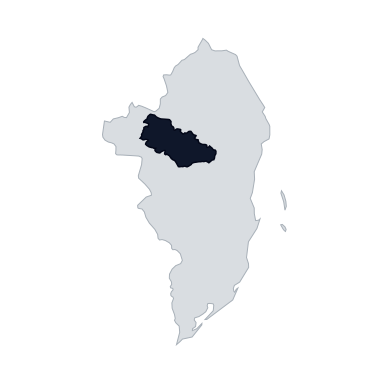 Francisco Morazán highlighted on a map of Honduras, rotated 101°
{"feature_id": "HND-639", "entity_name": "Francisco Morazán", "entity_type": "Department", "adm_level": 1, "iso_a3": "HND", "parent_name": "Honduras", "parent_adm1": "", "projection": "robinson", "projection_center": [-87.226, 14.346], "detail": "fine", "context": "in_parent", "style": "filled", "palette": "ink", "viewbox_px": 384, "rotation_deg": 101, "n_neighbors": 0, "source": "natural_earth", "source_scale": "10m", "svg_char_len": 5814}
<svg xmlns="http://www.w3.org/2000/svg" viewBox="0 0 384 384"><g transform="rotate(101 192 192)"><path d="M344.8,178.1L332.1,177.3L326.1,179.0L323.5,182.9L321.3,184.7L319.4,184.3L315.6,185.8L309.9,189.3L304.7,190.6L300.1,189.8L298.8,190.6L298.4,191.8L297.7,192.9L295.9,193.5L293.9,193.2L291.6,191.9L290.3,192.5L290.2,194.7L289.0,195.3L286.6,194.3L284.0,195.1L281.0,197.8L276.9,198.4L271.5,196.8L267.4,193.9L264.5,189.5L261.0,188.4L254.8,191.7L252.3,195.4L251.7,197.7L252.3,199.8L251.2,201.2L248.3,201.9L246.2,204.5L244.7,208.9L244.4,212.3L245.3,214.7L243.9,216.5L240.2,217.6L235.7,221.4L230.7,227.9L225.6,232.4L220.6,235.0L218.2,237.9L218.3,241.0L218.0,242.0L217.1,242.4L215.4,242.8L205.7,236.0L202.9,231.2L200.5,231.9L197.4,234.3L193.2,239.7L188.6,247.0L186.3,247.8L174.8,246.7L168.7,247.3L167.5,248.3L166.9,251.0L167.3,254.6L169.0,267.4L169.9,272.7L169.0,274.3L165.9,274.6L161.9,275.3L159.7,277.7L159.1,280.2L158.9,283.7L157.7,287.3L155.2,289.9L152.7,290.8L139.0,291.5L139.2,285.6L135.3,283.2L133.0,278.2L131.0,274.9L131.7,272.8L131.5,270.5L125.9,268.6L120.7,270.1L117.7,269.1L115.5,267.9L119.3,264.9L119.5,263.1L118.3,261.8L117.1,261.0L117.4,257.7L118.2,253.7L120.4,244.6L119.6,243.0L116.1,240.2L111.6,239.9L106.8,240.8L104.4,239.4L102.4,236.3L98.9,234.7L92.7,237.3L86.2,241.0L84.2,242.4L82.5,242.2L81.8,239.4L81.5,236.0L81.1,235.2L77.6,234.0L73.5,233.2L71.5,232.2L69.5,230.0L64.6,227.0L63.5,224.8L57.1,219.8L55.7,217.3L54.3,215.5L51.1,213.2L48.7,213.7L40.5,210.9L39.2,210.6L40.4,208.1L43.0,204.2L48.6,199.9L49.1,196.4L47.7,189.6L46.2,185.3L47.0,183.3L48.8,175.5L50.1,173.7L58.3,169.7L59.1,169.2L65.5,163.6L72.7,157.4L80.2,150.6L88.5,143.1L93.1,138.6L95.2,136.7L100.0,138.3L103.7,134.7L105.9,133.5L111.0,129.2L112.6,128.2L121.1,126.5L125.2,126.5L128.8,130.9L131.6,133.2L137.0,131.2L141.5,130.8L160.2,134.8L167.5,133.0L181.1,132.6L187.2,133.6L195.8,127.9L201.4,126.7L207.9,124.1L207.0,121.3L205.4,120.1L215.4,121.3L230.1,127.1L245.9,126.0L251.5,122.9L255.2,122.0L271.3,128.0L275.6,132.6L278.9,133.0L281.5,132.0L282.2,131.0L279.0,130.0L277.5,128.6L290.2,131.4L314.2,153.1L314.7,154.9L304.5,148.5L299.1,149.0L297.7,150.0L298.0,153.5L298.5,155.2L300.8,155.4L302.6,154.4L306.8,155.6L309.6,157.9L313.0,161.5L315.0,165.3L317.2,165.4L319.4,163.1L323.4,162.8L326.1,165.4L328.0,165.2L325.3,161.2L319.1,157.2L320.6,157.0L334.3,164.2L338.2,173.3L341.4,175.4L344.8,178.1ZM184.1,100.1L176.2,104.5L173.7,104.4L177.3,101.1L183.2,98.1L188.1,96.7L192.1,97.3L184.1,100.1ZM211.0,95.5L207.3,98.7L206.6,97.2L208.4,94.2L210.7,92.5L212.9,92.7L212.3,94.0L211.0,95.5Z" fill="#d9dde1" stroke="#a8b0b8" stroke-width="1"/><path d="M139.9,196.5L140.1,196.4L140.2,196.0L140.2,195.8L140.3,195.7L140.5,195.7L140.8,195.6L141.2,195.2L141.4,195.1L141.6,195.1L141.8,195.0L142.0,194.9L142.4,194.6L142.5,194.4L142.5,194.0L143.0,192.5L143.3,191.1L143.1,189.2L142.9,188.4L142.9,187.5L143.1,186.9L143.2,186.6L143.4,186.5L143.5,186.4L144.5,186.3L145.3,185.6L144.9,184.8L144.8,184.4L144.5,184.1L144.4,183.9L143.5,183.5L144.4,182.0L144.8,181.2L145.3,180.4L146.2,179.5L146.4,179.2L146.5,178.8L146.5,177.7L146.5,177.1L147.4,176.3L149.7,175.9L150.2,176.0L150.8,176.1L151.2,176.3L151.9,176.6L154.6,176.4L156.2,176.8L156.3,177.5L156.5,177.8L157.0,178.5L157.5,179.0L158.6,179.7L159.2,180.4L159.9,180.8L160.1,181.0L159.8,181.5L159.4,183.1L158.9,183.5L159.2,184.7L159.4,185.1L159.7,185.7L159.9,186.3L160.0,187.8L160.2,188.4L160.6,189.0L161.0,191.1L162.5,195.3L163.1,196.5L163.7,197.4L164.2,197.7L165.1,198.0L165.6,198.5L167.3,200.3L168.2,201.6L168.2,202.6L168.0,203.6L168.0,204.0L168.2,204.6L168.7,205.5L168.9,205.9L168.9,206.7L169.1,207.5L169.7,209.4L169.7,210.2L166.0,213.3L164.4,215.0L164.0,216.9L163.1,218.7L160.7,221.1L160.1,222.8L159.6,223.7L159.5,224.0L159.9,224.3L160.2,224.5L160.4,224.8L160.4,225.0L159.9,226.1L158.9,226.3L158.1,226.1L157.4,226.1L156.4,226.6L156.7,227.6L158.0,229.5L159.3,230.6L159.7,230.9L159.8,231.2L159.9,231.8L159.8,234.1L159.2,235.2L158.7,235.9L157.9,236.4L156.1,236.0L156.3,236.8L156.4,237.3L156.4,237.7L156.1,238.3L156.0,239.0L156.1,240.1L155.9,242.7L154.9,245.3L154.1,246.5L153.9,246.7L153.1,246.7L151.9,246.4L151.5,246.2L150.4,245.1L149.6,244.7L149.3,245.2L149.2,245.4L149.1,245.8L149.1,246.6L149.1,247.4L149.3,248.0L149.6,248.4L150.1,249.6L150.1,250.5L149.7,251.1L149.4,252.0L149.2,252.9L149.2,253.2L146.6,252.0L145.1,252.5L142.6,251.6L140.9,251.8L140.5,251.6L139.9,251.2L137.9,251.5L137.2,250.8L136.3,249.7L136.2,249.0L136.5,248.1L136.6,247.8L136.4,247.8L136.1,247.8L135.8,247.8L135.3,247.7L134.7,247.5L133.8,247.5L133.2,247.7L133.1,248.4L132.9,249.8L132.7,251.0L132.7,251.8L132.9,252.6L132.5,252.8L132.0,252.7L130.7,251.8L129.0,250.3L128.8,250.1L128.6,249.9L128.4,249.9L127.5,250.0L126.0,249.6L124.0,248.1L123.6,247.5L123.7,245.0L123.7,243.4L125.1,241.4L125.5,240.1L125.6,239.9L125.7,239.5L126.1,237.5L126.2,236.4L125.3,229.0L125.3,227.9L126.4,226.5L126.8,226.1L127.1,226.0L127.4,226.0L128.9,225.8L130.4,225.0L130.9,224.6L131.3,224.2L131.3,223.9L131.8,222.7L132.8,222.0L134.1,221.7L134.4,221.5L134.6,221.1L134.6,220.8L134.6,220.6L134.4,220.2L134.2,220.0L133.9,219.9L133.7,219.7L133.4,219.4L133.1,219.1L133.0,218.7L132.8,218.1L132.8,215.9L132.8,215.3L133.0,215.0L133.2,214.9L133.4,214.9L133.7,214.9L134.3,215.3L134.7,215.1L134.9,214.9L136.2,213.0L136.8,211.8L136.6,211.4L135.4,210.3L135.3,210.2L135.4,209.8L135.5,209.6L135.6,209.1L135.5,208.8L135.3,208.6L134.2,207.5L133.4,206.9L133.1,206.5L132.9,205.9L132.8,205.5L132.7,204.6L135.2,201.9L135.6,200.8L135.6,200.6L135.7,200.2L135.7,199.9L135.7,199.1L135.8,198.9L136.0,198.7L136.1,198.8L136.4,198.9L136.6,199.0L136.8,199.1L137.0,199.1L137.3,199.1L137.5,199.2L137.6,199.5L137.8,199.7L138.0,199.7L138.2,199.8L138.8,199.8L139.5,198.4L139.7,197.6L139.7,197.3L139.6,197.0L139.6,196.5L139.6,196.3L139.8,196.4L139.9,196.5Z" fill="#0f172a" stroke="#020617" stroke-width="1.5"/></g></svg>